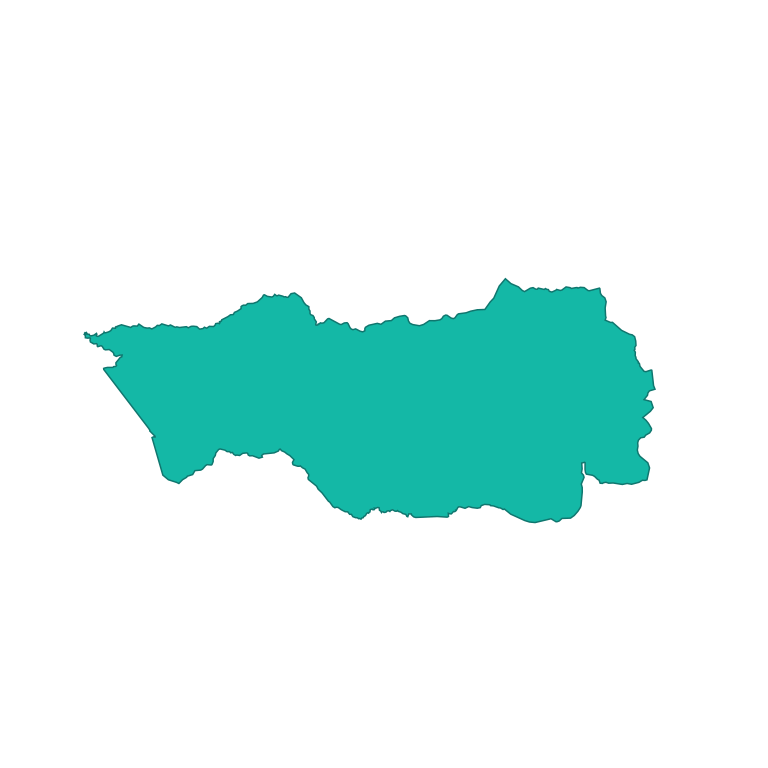 Maynas, Loreto, Peru (Robinson projection), rotated 309°
{"feature_id": "86281439B40534422566691", "entity_name": "Maynas", "entity_type": "district", "adm_level": 2, "iso_a3": "PER", "parent_name": "Peru", "parent_adm1": "Loreto", "projection": "robinson", "projection_center": [-74.266, -2.675], "detail": "fine", "context": "isolated", "style": "filled", "palette": "teal", "viewbox_px": 768, "rotation_deg": 309, "n_neighbors": 0, "source": "geoboundaries", "source_scale": "gbopen_adm2", "svg_char_len": 6171}
<svg xmlns="http://www.w3.org/2000/svg" viewBox="0 0 768 768"><g transform="rotate(309 384 384)"><path d="M442.9,614.4L444.3,616.4L445.4,616.7L447.3,618.3L448.3,621.0L451.3,624.4L455.9,632.4L459.7,635.5L461.9,639.5L468.0,644.0L471.8,645.4L473.3,647.5L475.0,648.7L485.9,643.2L488.8,638.6L488.9,628.4L489.9,625.3L492.1,622.4L495.5,620.5L497.9,618.2L500.4,617.1L503.7,617.3L506.4,619.7L509.0,619.6L513.2,621.2L516.3,620.9L517.7,619.9L519.8,614.4L520.7,610.3L520.8,606.2L530.5,608.2L535.0,608.1L538.5,602.6L535.5,595.9L541.0,595.9L543.2,594.7L545.7,594.6L550.5,597.9L552.4,594.5L563.2,583.5L563.0,582.8L558.4,579.8L557.5,578.1L558.8,571.9L560.8,569.4L560.4,568.4L561.3,567.6L562.3,563.8L563.3,563.0L564.1,561.4L566.9,559.3L567.7,557.2L568.9,557.2L570.2,555.8L572.5,555.6L575.8,552.6L578.5,549.0L578.4,545.9L577.2,543.6L575.2,534.9L575.7,522.8L574.4,521.3L572.8,515.7L575.5,514.6L576.1,513.6L582.3,508.0L587.7,504.9L589.9,501.4L589.8,497.6L590.7,495.1L594.0,491.7L594.1,491.1L585.7,484.9L585.0,483.7L584.9,478.9L582.7,475.7L580.6,474.4L580.5,473.4L579.8,472.6L576.3,469.6L575.9,467.8L574.0,464.4L568.9,463.1L567.6,462.1L566.1,458.6L565.1,458.6L561.1,456.6L560.1,454.2L560.8,452.3L560.0,451.0L559.8,449.4L558.3,449.0L555.6,443.5L554.2,443.5L553.2,442.3L552.7,439.2L550.5,437.4L544.3,435.1L543.7,432.7L544.1,427.4L541.9,419.5L542.2,412.1L532.7,411.9L519.8,415.3L514.8,414.9L505.4,415.5L500.4,409.8L495.1,405.5L491.0,403.0L485.5,397.8L484.1,397.3L480.0,397.5L478.4,396.7L477.5,394.6L477.1,389.7L476.3,388.5L474.1,387.5L471.2,387.8L469.0,387.1L465.2,383.7L461.8,379.4L455.2,377.3L451.6,374.9L448.3,369.0L447.5,365.9L448.4,363.3L450.4,360.8L450.6,358.0L450.1,356.8L446.4,353.5L442.0,350.5L437.9,349.8L433.7,345.5L428.5,344.1L426.9,340.6L420.2,335.3L416.4,333.9L415.1,334.2L413.3,335.6L411.1,334.6L410.0,332.2L409.0,327.3L406.7,325.7L406.1,324.0L406.4,322.1L408.3,318.1L408.4,316.7L406.4,314.7L403.4,313.4L402.6,312.2L400.3,300.0L399.1,299.2L393.8,298.8L392.2,297.5L391.4,296.0L390.2,296.0L389.2,295.1L388.3,295.4L387.0,294.2L387.4,293.4L389.7,292.3L390.8,288.8L391.8,287.9L392.5,285.7L391.8,283.7L392.1,282.3L394.2,280.5L394.8,278.6L396.8,276.9L396.3,273.5L396.9,270.5L399.0,265.5L398.5,257.3L395.7,254.9L391.0,254.9L390.1,253.7L390.0,252.7L388.8,251.5L388.6,250.2L386.8,246.2L385.5,245.6L384.9,244.7L384.9,242.7L382.5,242.8L381.0,242.1L378.7,238.2L378.1,235.0L377.3,234.4L374.5,234.9L368.1,233.9L364.3,231.6L360.8,227.5L358.1,226.9L357.0,225.3L355.6,224.5L354.2,224.2L352.6,225.5L348.4,224.2L345.5,222.7L343.2,223.2L341.1,221.1L338.1,220.3L331.8,217.5L330.6,218.0L329.0,217.0L328.5,217.9L327.2,218.0L327.1,217.0L325.0,215.2L323.4,215.7L321.4,215.4L318.9,212.0L315.8,211.1L315.1,208.7L313.3,208.5L310.6,206.2L310.8,202.4L308.9,199.4L307.4,197.8L304.5,196.5L304.2,194.4L299.2,189.5L298.0,187.0L296.6,186.0L295.5,180.9L293.5,179.9L290.9,173.5L288.1,172.7L286.9,170.9L284.6,170.6L280.7,168.9L280.0,166.4L278.4,164.8L276.8,161.7L276.3,155.8L273.7,155.8L271.7,153.0L270.7,152.2L268.6,151.6L264.8,142.7L261.4,140.6L260.4,140.5L260.1,139.7L259.3,139.5L258.3,140.2L256.6,137.8L253.6,138.1L251.4,137.3L248.7,135.5L248.0,134.6L248.3,133.7L247.2,134.1L241.2,132.0L240.5,131.0L240.4,130.0L241.9,129.6L242.4,128.7L239.3,127.8L236.9,125.9L236.5,124.9L237.1,123.6L235.6,121.5L236.4,121.4L236.7,120.3L236.2,120.3L236.0,119.8L235.7,120.1L235.2,119.3L234.6,119.7L234.8,120.4L233.9,119.9L233.7,121.4L232.0,122.8L233.1,124.8L234.8,126.5L234.7,127.1L233.0,128.0L231.9,129.4L232.5,133.2L234.5,135.3L234.2,136.3L233.0,137.3L232.9,138.1L235.7,140.0L235.9,141.3L234.8,144.6L235.3,146.1L237.9,148.8L238.1,153.2L237.7,154.6L236.5,156.1L237.0,158.6L240.2,160.6L241.7,162.3L240.0,163.1L239.0,162.3L231.8,162.3L230.4,163.5L230.2,164.4L228.9,164.5L227.3,162.9L226.3,162.9L222.9,158.7L220.8,157.0L219.7,156.3L218.9,157.1L201.5,228.7L200.7,231.2L200.1,231.5L199.3,239.0L198.6,239.4L198.1,238.3L196.4,237.4L174.0,269.5L173.9,276.7L177.0,284.7L177.6,287.2L182.9,287.7L187.2,289.3L188.6,289.2L193.2,292.3L197.7,291.6L201.8,295.8L203.7,296.5L208.3,296.7L209.9,297.2L212.3,300.7L213.1,301.0L216.1,300.1L218.6,298.2L222.2,297.9L224.6,296.7L229.0,296.7L230.3,297.4L232.5,302.0L232.7,304.6L234.3,306.6L234.0,308.1L235.4,309.3L234.8,311.4L235.1,313.7L236.1,314.2L237.6,316.8L241.2,317.8L244.0,320.6L244.3,321.7L243.4,323.1L243.6,324.8L245.5,326.9L247.7,333.5L250.6,335.5L251.4,333.9L253.8,334.4L261.4,342.0L265.5,344.1L267.4,343.8L268.1,344.4L267.7,346.3L268.6,349.6L268.6,352.4L269.1,355.9L268.6,361.6L265.5,362.2L264.4,363.4L264.1,364.4L265.7,368.5L266.7,369.9L267.7,370.5L267.6,373.4L268.2,376.2L266.7,380.2L266.4,382.2L265.2,383.3L263.3,383.9L262.2,385.3L262.2,395.9L260.8,399.1L260.4,404.3L257.9,414.7L258.1,416.1L256.6,421.4L256.9,423.7L258.2,424.5L259.2,426.1L259.4,430.0L260.3,434.2L261.8,436.2L261.1,439.3L262.2,440.7L261.3,443.2L262.2,446.0L263.3,447.5L263.3,449.0L264.1,449.7L264.5,451.2L265.9,451.1L267.1,452.0L268.3,451.7L270.0,452.4L272.3,452.0L273.6,452.3L273.9,453.2L274.2,452.9L275.7,453.6L277.8,452.4L279.4,453.6L279.2,454.3L280.0,455.4L281.0,455.4L281.4,454.6L282.2,455.7L284.0,456.7L284.8,458.0L283.0,460.0L283.2,461.3L282.6,462.8L283.0,462.7L284.1,463.7L284.2,464.9L285.0,465.7L286.0,466.3L287.2,466.3L288.4,467.4L288.6,468.8L289.7,468.7L291.6,469.8L292.1,472.6L292.9,473.7L294.2,474.2L293.9,475.1L295.0,477.7L295.1,480.2L296.4,483.0L295.5,485.1L295.8,486.0L298.7,485.0L300.2,487.0L299.6,487.7L299.4,490.6L300.2,492.6L314.5,508.7L320.3,516.9L321.6,517.5L324.0,515.3L324.5,516.8L325.5,518.1L328.7,518.3L329.3,519.3L330.9,519.7L331.2,519.1L331.9,519.6L334.5,519.1L335.6,519.4L336.5,520.6L338.4,525.2L342.1,527.0L343.4,530.2L346.2,534.7L348.5,536.6L350.7,536.1L353.8,538.0L356.8,542.3L356.5,543.3L358.1,545.7L360.1,551.3L360.9,552.3L361.4,555.5L362.6,556.3L362.6,564.4L366.5,579.4L368.3,583.9L371.4,588.6L384.4,598.6L385.2,604.4L386.2,605.4L387.9,606.4L391.5,606.9L397.2,613.4L401.6,614.6L407.2,614.8L411.5,614.3L413.5,613.6L424.9,606.0L428.3,603.2L430.4,600.3L437.4,598.2L438.7,596.3L439.2,593.4L442.7,591.4L447.0,587.4L449.4,589.2L449.4,589.8L444.1,594.0L442.1,596.2L441.3,598.0L444.3,603.5L444.7,605.8L444.3,609.8L444.6,611.7L442.9,614.4Z" fill="#14b8a6" stroke="#0f766e" stroke-width="1.5"/></g></svg>